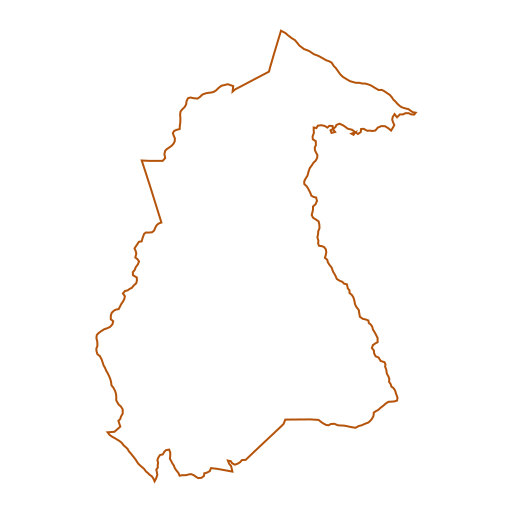 outline of Itapipoca, Ceará, Brazil
{"feature_id": "56859067B2993519795590", "entity_name": "Itapipoca", "entity_type": "district", "adm_level": 2, "iso_a3": "BRA", "parent_name": "Brazil", "parent_adm1": "Ceará", "projection": "albers", "projection_center": [-39.58, -3.366], "detail": "fine", "context": "isolated", "style": "outline", "palette": "amber", "viewbox_px": 512, "rotation_deg": 0, "n_neighbors": 0, "source": "geoboundaries", "source_scale": "gbopen_adm2", "svg_char_len": 5552}
<svg xmlns="http://www.w3.org/2000/svg" viewBox="0 0 512 512"><path d="M98.5,333.1L96.8,335.0L96.4,338.0L97.3,341.8L97.4,346.0L96.3,348.7L96.5,351.1L97.4,354.2L99.9,356.1L101.7,359.6L102.8,362.9L103.6,365.4L105.0,367.8L106.2,370.7L107.7,373.2L109.1,376.1L110.2,378.8L111.0,381.6L111.5,385.3L113.4,387.7L115.1,391.0L116.0,393.9L116.3,397.0L116.2,400.1L117.2,402.1L118.7,404.6L120.9,406.5L122.7,409.4L122.7,413.6L121.0,416.5L120.2,419.1L118.4,420.8L119.2,423.3L120.3,426.6L114.4,431.8L107.6,432.3L109.5,434.8L112.4,436.9L114.5,438.0L116.7,439.3L119.5,441.0L121.7,442.8L123.7,445.4L125.8,447.2L127.5,448.8L128.9,451.3L130.9,453.5L133.4,456.7L135.6,459.5L137.0,461.8L138.4,463.8L140.5,465.8L142.3,467.3L144.2,469.0L146.0,471.5L148.0,473.1L149.6,474.8L151.6,476.1L153.3,478.4L154.6,481.3L156.2,478.2L157.3,474.9L156.9,472.3L156.3,469.6L157.8,467.6L157.7,465.0L158.1,462.7L157.4,460.2L158.2,457.8L160.0,455.0L162.8,454.4L164.5,451.5L166.1,450.1L169.2,449.6L170.3,452.9L170.2,456.1L169.9,458.7L171.4,461.4L172.4,463.5L173.9,465.6L174.7,467.9L176.1,470.1L178.4,472.9L179.6,475.7L182.2,475.2L185.9,475.2L188.5,474.5L190.9,474.1L193.6,475.1L196.0,476.8L198.2,478.1L201.5,477.8L204.0,475.9L204.3,473.3L206.8,472.7L209.8,471.1L211.0,468.1L217.6,468.9L232.4,471.6L231.7,468.6L231.0,465.9L229.2,463.9L227.9,460.6L230.8,461.2L232.2,463.3L234.9,464.7L237.8,463.6L240.2,462.1L242.0,460.0L245.6,459.9L251.4,454.4L253.9,452.0L259.1,447.1L266.1,440.5L272.2,434.8L281.5,426.0L283.6,423.9L285.3,419.6L310.5,419.4L318.5,419.9L321.3,422.1L323.6,423.6L326.0,424.9L328.5,425.3L330.9,424.0L334.4,423.8L337.9,425.3L341.0,425.5L344.0,425.6L346.7,426.1L351.2,427.1L355.6,427.8L358.7,426.0L361.7,425.3L364.7,423.9L368.4,422.5L370.7,420.4L372.2,418.4L373.5,415.9L373.8,412.6L375.8,411.2L378.3,409.9L380.5,407.8L383.2,405.8L385.9,403.4L388.5,401.8L392.0,401.6L394.5,401.4L397.1,400.5L397.5,397.6L396.1,393.8L395.0,390.3L393.4,388.0L391.4,386.6L390.7,384.2L389.1,381.9L389.3,379.0L388.5,376.6L386.8,373.5L386.3,369.7L385.1,366.7L385.5,364.4L384.5,362.2L380.6,360.9L378.6,357.5L375.6,356.3L374.1,353.3L373.9,350.6L371.9,348.0L372.9,345.1L375.5,343.3L377.6,342.2L377.6,338.0L375.6,334.0L374.1,331.4L372.9,329.5L372.2,326.6L370.8,324.6L368.8,323.0L368.4,320.5L365.2,319.3L362.9,318.9L359.9,316.8L359.3,313.6L358.8,310.1L356.0,306.4L354.9,303.7L354.3,300.4L353.4,297.4L351.8,294.9L349.5,293.0L349.5,290.4L347.8,288.4L346.9,284.3L344.1,283.7L342.3,281.8L339.6,280.7L336.8,279.0L335.3,275.4L333.0,271.5L331.6,267.5L329.5,264.9L327.8,262.2L327.3,259.8L324.9,257.8L325.7,255.2L326.3,252.2L325.8,249.3L324.1,247.1L321.8,246.1L319.0,245.8L318.1,243.5L318.4,240.8L317.4,237.4L318.1,234.1L318.2,231.5L319.5,228.1L319.3,224.4L318.6,221.4L315.9,219.5L313.1,217.8L311.7,215.0L312.5,211.9L313.0,209.5L313.0,206.5L315.5,204.3L317.0,200.9L316.1,197.5L313.7,197.0L311.4,195.7L310.2,192.6L309.0,190.3L308.0,188.3L306.7,186.3L304.3,184.1L304.2,181.4L305.7,178.4L307.5,175.6L308.4,172.1L309.7,168.2L311.7,165.5L313.5,162.7L315.8,160.5L317.2,157.8L317.4,155.0L316.2,152.9L314.9,150.1L314.8,147.3L315.9,145.2L315.8,141.2L312.8,139.3L312.6,136.3L313.9,132.9L313.7,130.3L313.7,127.5L316.4,128.1L317.8,125.7L321.3,125.2L324.6,125.9L327.5,127.6L329.3,125.8L332.6,126.0L332.9,129.0L335.4,127.1L336.5,124.9L339.6,123.7L343.0,125.3L345.4,126.9L347.7,128.7L351.9,129.7L355.4,132.2L358.0,134.0L360.8,132.0L361.1,129.0L363.6,128.8L367.3,130.8L369.6,130.6L372.4,131.0L375.4,130.5L377.7,127.7L381.3,126.1L385.0,126.2L388.4,128.3L391.1,130.6L392.9,127.6L394.3,125.1L393.3,122.8L392.2,119.8L392.7,117.0L394.6,114.1L397.0,117.3L399.9,114.4L403.0,114.4L405.4,113.2L408.7,113.2L411.1,114.4L414.2,114.6L415.7,112.7L412.8,112.2L410.3,110.5L408.4,109.1L405.6,108.5L401.6,107.2L399.5,105.7L397.4,103.8L395.9,102.0L393.2,99.4L392.0,97.5L389.9,95.0L384.0,91.0L381.8,89.9L378.6,90.0L374.1,87.4L371.3,85.6L368.5,84.5L365.5,83.6L362.2,83.5L359.1,82.8L355.9,82.8L353.5,82.2L349.9,81.1L345.0,78.2L342.8,76.8L340.4,74.5L337.6,70.6L335.7,67.9L333.9,66.2L331.6,62.6L329.2,61.3L326.0,60.2L323.3,58.6L321.2,57.4L318.4,55.9L313.9,54.2L308.9,50.9L303.9,49.0L299.3,45.5L297.3,42.9L294.9,40.1L291.6,38.1L287.6,35.0L285.5,33.1L281.0,30.7L273.6,55.2L271.5,62.5L270.0,67.6L269.0,71.6L266.8,72.8L253.4,79.8L238.8,87.5L235.4,89.2L232.6,91.6L233.2,86.1L231.0,85.3L227.7,84.2L224.7,85.0L221.5,85.7L218.5,88.0L216.2,90.3L213.7,91.9L211.4,92.5L208.9,92.8L206.1,93.2L202.3,94.6L199.9,97.0L197.5,98.6L193.6,98.2L190.4,97.5L187.9,98.3L186.5,101.4L186.1,104.5L184.6,107.1L182.4,109.2L180.6,111.4L180.1,114.4L180.4,118.6L180.3,122.4L179.8,125.9L179.7,129.0L176.4,129.9L174.1,131.0L172.9,133.0L173.5,135.2L174.9,138.4L174.7,141.4L173.5,143.7L171.6,145.8L169.2,147.5L166.8,149.1L165.2,150.8L164.4,154.0L165.2,158.1L162.6,160.9L150.0,160.9L141.7,160.5L145.6,172.3L147.9,179.5L150.4,187.2L161.4,222.5L158.5,223.6L156.6,225.3L155.1,228.0L154.1,230.6L152.0,232.3L148.3,232.6L145.9,232.5L144.1,233.9L142.7,237.7L141.6,241.4L138.9,241.8L136.6,245.3L134.5,248.4L135.7,251.0L136.3,253.7L135.3,257.5L137.5,259.2L139.0,261.5L137.9,264.3L135.7,267.3L134.7,270.0L132.8,272.2L133.0,275.2L136.8,277.5L136.9,280.7L136.2,283.3L133.6,285.6L131.9,287.8L129.8,288.8L127.6,290.4L125.0,291.0L122.9,293.5L124.9,296.2L124.2,299.3L122.9,301.6L121.2,304.1L120.1,306.3L118.7,309.1L116.0,309.6L114.0,310.6L111.8,312.7L110.8,315.4L110.8,319.3L113.2,321.2L112.5,324.2L110.1,326.9L106.8,328.4L104.3,329.2L101.4,331.0L98.5,333.1ZM332.9,129.0L330.5,130.3L331.5,132.9L335.1,132.0L332.9,129.0ZM355.4,132.2L351.5,133.7L353.5,134.8L355.4,132.2Z" fill="none" stroke="#b45309" stroke-width="2"/></svg>